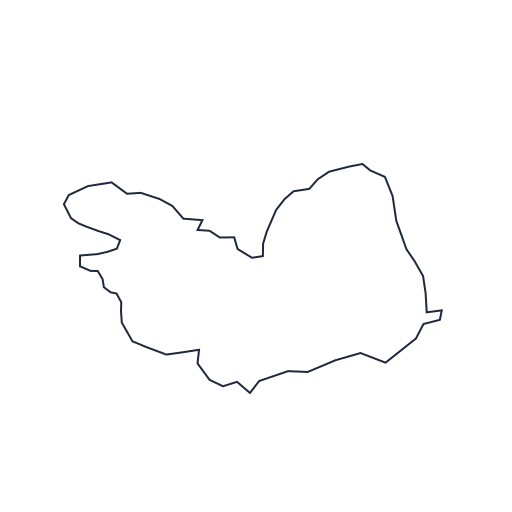 outline of Petra, Cyprus, rotated 319°
{"feature_id": "46923920B47303866383678", "entity_name": "Petra", "entity_type": "district", "adm_level": 2, "iso_a3": "CYP", "parent_name": "Cyprus", "parent_adm1": "", "projection": "orthographic", "projection_center": [32.906, 35.122], "detail": "fine", "context": "isolated", "style": "outline", "palette": "slate", "viewbox_px": 512, "rotation_deg": 319, "n_neighbors": 0, "source": "geoboundaries", "source_scale": "gbopen_adm2", "svg_char_len": 1111}
<svg xmlns="http://www.w3.org/2000/svg" viewBox="0 0 512 512"><g transform="rotate(319 256 256)"><path d="M111.0,218.2L106.8,239.4L113.6,253.0L123.7,271.6L138.0,280.9L151.5,289.4L141.4,298.7L139.7,319.0L145.6,332.6L159.1,338.5L161.6,355.4L176.3,352.4L204.6,363.9L218.9,377.4L247.6,386.8L271.2,397.8L283.8,421.5L322.6,423.2L337.8,417.2L352.9,424.8L360.5,418.9L347.9,410.5L359.7,395.2L368.9,380.8L372.3,363.9L374.0,349.5L379.0,336.8L384.9,321.6L398.4,300.4L405.2,280.9L398.4,266.5L396.7,256.4L384.9,249.6L374.8,244.5L366.4,240.3L352.9,238.6L340.3,240.3L326.8,231.8L315.0,231.8L301.5,234.4L280.4,244.5L269.5,251.3L261.1,260.6L251.8,254.7L246.7,238.6L251.8,227.6L240.8,218.3L237.5,206.5L229.0,198.0L239.1,193.8L225.7,180.2L225.7,163.3L220.6,149.7L210.5,132.8L199.5,124.4L195.3,105.7L175.1,93.0L154.7,87.2L145.0,90.9L141.2,106.1L143.4,114.8L147.2,122.4L153.1,133.2L159.0,142.9L163.9,154.9L155.8,159.2L146.6,155.4L137.5,150.5L123.5,140.2L116.4,148.3L121.3,158.6L126.7,163.5L125.1,172.7L120.7,179.8L122.4,187.9L126.1,192.8L124.0,202.5L118.0,209.0L111.0,218.2Z" fill="none" stroke="#1e293b" stroke-width="2"/></g></svg>